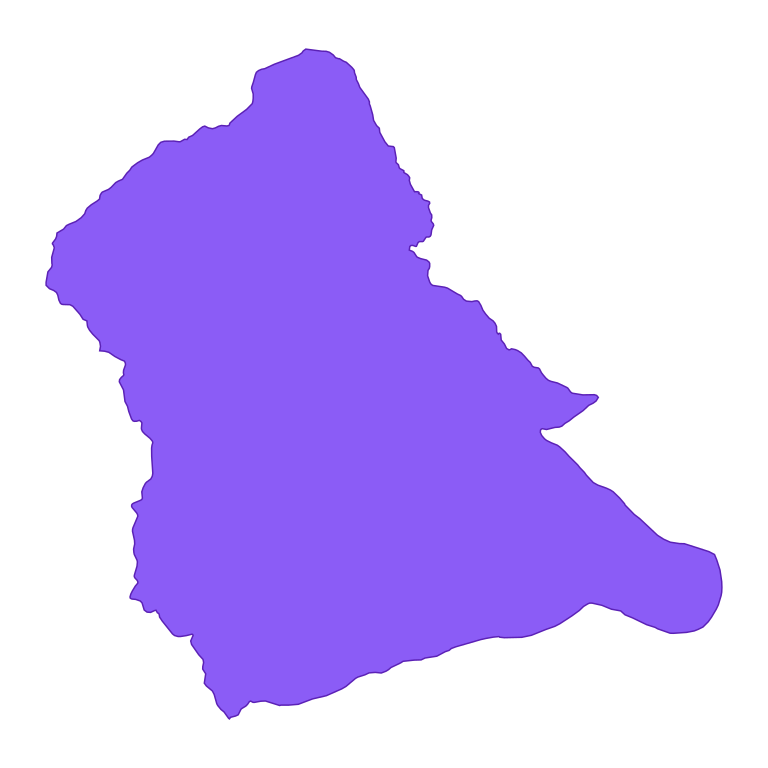 Chinavita, Boyacá, Colombia
{"feature_id": "7082276B18189760139189", "entity_name": "Chinavita", "entity_type": "district", "adm_level": 2, "iso_a3": "COL", "parent_name": "Colombia", "parent_adm1": "Boyacá", "projection": "mercator", "projection_center": [-73.337, 5.21], "detail": "fine", "context": "isolated", "style": "filled", "palette": "violet", "viewbox_px": 768, "rotation_deg": 0, "n_neighbors": 0, "source": "geoboundaries", "source_scale": "gbopen_adm2", "svg_char_len": 6054}
<svg xmlns="http://www.w3.org/2000/svg" viewBox="0 0 768 768"><path d="M670.1,633.2L673.2,633.3L686.5,632.4L694.3,630.9L698.3,629.3L703.0,627.0L708.2,621.8L711.5,617.2L716.3,609.1L718.3,604.9L721.1,595.6L721.7,592.2L721.9,587.5L721.7,581.7L720.0,570.1L716.8,560.1L714.5,554.5L708.9,551.6L684.3,543.7L679.6,543.6L670.3,542.2L663.6,539.2L657.5,535.3L639.8,518.7L634.3,514.5L625.1,505.1L624.5,503.7L619.7,498.1L613.2,491.8L610.4,490.0L606.5,488.2L597.8,485.1L593.2,482.5L586.3,475.1L584.4,472.4L579.8,467.6L577.7,464.9L569.1,456.4L565.1,451.9L559.8,447.0L557.3,445.2L551.3,442.8L546.5,440.4L544.5,438.8L541.7,435.5L540.3,432.4L540.5,430.1L541.3,429.1L542.4,428.7L546.5,429.5L555.0,427.4L559.2,427.1L561.9,426.1L564.9,423.4L569.2,420.8L573.9,417.0L583.1,410.6L588.8,405.3L593.1,403.2L596.1,401.0L598.3,397.4L596.6,395.4L594.3,394.7L582.9,394.9L572.3,393.2L570.6,392.0L567.8,388.1L566.7,387.4L557.5,383.0L551.1,381.4L548.4,380.3L545.9,378.2L543.2,375.0L541.5,372.8L539.5,368.9L538.2,367.9L534.3,367.3L532.3,366.3L530.2,362.4L527.8,360.1L524.5,356.2L521.3,352.9L517.7,350.6L515.3,349.6L511.5,348.8L509.7,349.8L508.9,349.8L506.6,348.5L504.4,344.0L501.2,340.0L500.7,334.3L499.7,333.3L499.1,333.3L498.3,334.1L497.2,333.0L496.7,331.9L496.5,326.4L495.0,323.2L493.1,320.9L489.2,318.2L485.6,314.0L482.9,310.2L480.9,305.4L478.6,301.6L477.1,300.8L474.6,301.0L471.9,301.6L466.4,301.1L463.6,299.3L461.7,296.5L460.6,295.5L457.4,294.0L447.5,288.1L444.6,287.2L432.6,285.4L430.7,283.8L429.7,282.0L427.6,275.8L428.0,270.4L429.3,268.4L429.7,266.5L429.7,263.4L429.0,262.0L426.6,260.1L420.6,258.6L417.7,257.4L416.7,256.7L414.0,252.5L412.6,251.4L409.3,250.1L409.8,246.5L410.9,245.5L412.8,245.4L415.6,246.4L416.4,246.3L418.1,242.5L419.4,241.6L422.6,241.6L423.4,241.2L426.0,237.3L426.8,237.0L428.9,237.0L430.2,236.3L431.0,234.9L431.7,229.9L433.7,225.4L433.3,223.9L431.3,221.4L431.1,220.1L431.8,217.7L431.7,214.9L430.4,213.0L428.5,207.7L428.5,205.3L429.7,203.4L429.5,202.0L427.9,201.1L424.4,200.2L422.7,198.9L422.2,198.2L421.6,195.0L418.7,193.6L419.1,192.8L418.6,192.0L417.3,191.7L414.5,191.7L410.4,184.3L409.3,180.4L409.7,177.8L408.9,176.4L407.5,174.7L404.0,172.6L403.7,172.0L404.0,171.1L403.7,170.6L400.1,168.7L399.3,167.9L398.4,164.7L396.2,162.7L395.9,161.8L396.2,158.1L394.3,147.6L393.3,146.6L388.3,146.0L384.9,141.8L379.8,132.4L379.3,128.2L376.6,125.6L373.6,120.4L372.7,114.7L370.2,105.8L369.4,104.0L369.4,101.8L368.3,99.1L359.8,87.4L358.4,83.6L356.3,79.5L356.2,77.2L354.5,72.7L354.3,70.7L353.9,69.8L351.9,67.4L346.3,62.3L343.6,61.2L339.5,58.7L338.5,58.7L335.5,57.7L333.3,55.0L329.5,52.3L326.2,51.3L321.9,51.2L305.8,49.1L303.2,51.0L301.9,52.9L298.5,55.3L274.4,64.2L264.7,68.7L261.5,69.3L258.5,70.6L256.4,72.3L255.4,74.7L253.3,82.4L251.8,86.8L251.6,88.4L253.2,93.9L253.2,98.3L252.9,101.2L252.3,103.6L246.7,109.3L237.2,116.3L230.5,122.5L229.8,123.3L229.4,124.9L228.8,125.5L227.0,126.0L221.4,125.5L218.5,126.3L215.4,127.9L212.5,128.7L208.4,127.9L204.8,126.1L202.6,126.8L199.8,128.9L192.5,135.5L188.7,137.2L187.1,139.5L184.6,139.3L180.5,141.6L179.3,141.8L174.1,141.1L164.4,141.2L160.8,142.3L158.3,144.8L153.4,153.4L151.7,155.2L149.3,157.2L142.4,160.0L137.7,162.7L134.7,164.9L131.8,167.1L129.8,170.2L126.8,173.2L122.5,179.3L118.3,181.1L115.7,182.6L111.1,187.4L108.5,189.4L102.3,192.1L101.4,193.1L100.1,195.3L99.5,199.1L97.0,201.1L91.2,204.8L87.3,208.1L85.8,210.5L84.7,213.8L81.2,217.7L75.9,221.5L69.2,224.2L66.4,225.6L63.6,229.1L57.0,233.0L56.6,236.4L55.6,238.9L52.5,243.1L52.4,243.8L53.4,245.2L54.3,247.8L51.7,257.3L51.9,263.4L52.2,264.9L51.6,267.3L47.9,271.9L46.1,282.2L46.1,285.3L49.5,288.7L53.8,290.5L56.5,292.5L57.8,295.2L58.9,300.1L60.5,303.4L61.9,304.3L63.4,304.5L70.0,304.7L72.9,306.3L79.9,314.3L83.1,319.3L86.9,320.9L87.4,325.6L87.8,327.1L89.6,330.3L92.7,334.1L99.2,340.7L99.9,342.5L100.5,346.3L99.7,350.8L104.6,351.2L108.8,352.3L114.9,356.5L120.9,359.7L124.4,361.1L125.3,362.9L125.5,364.9L123.6,370.2L123.4,372.8L123.8,374.7L123.5,375.5L121.3,377.4L119.6,379.6L119.3,381.8L123.5,389.9L125.0,401.5L127.5,406.3L128.8,411.5L131.5,418.9L132.9,420.8L134.2,421.3L136.7,421.2L139.3,420.4L140.9,421.4L141.9,422.9L141.4,428.3L141.6,429.5L142.5,431.5L144.7,433.9L150.0,438.3L152.2,440.9L152.7,442.0L152.7,443.1L152.0,445.2L151.6,448.1L151.7,456.4L152.8,473.3L152.3,476.2L150.8,479.0L146.6,482.1L145.4,483.4L143.2,487.6L141.8,491.8L142.4,498.2L141.8,499.5L140.3,500.4L133.9,503.0L132.4,503.9L131.7,504.9L131.6,506.2L132.1,507.5L136.7,513.0L137.6,514.7L137.8,516.3L133.0,527.7L132.6,529.2L132.5,531.2L134.5,540.3L134.7,544.0L133.6,549.1L133.9,552.6L134.3,554.5L137.0,560.1L137.4,561.9L137.0,566.2L134.3,575.4L134.3,576.7L134.9,577.9L137.1,580.3L137.8,581.7L137.8,583.1L135.3,586.1L132.4,590.9L130.8,594.1L130.0,597.0L130.3,598.2L131.8,599.0L135.7,599.4L140.3,601.0L142.1,603.0L144.2,610.0L147.0,612.1L150.6,612.4L154.5,610.6L156.0,610.2L157.4,612.8L158.6,613.4L159.2,614.5L159.6,617.1L162.2,621.0L172.5,633.9L174.5,635.5L178.0,636.5L180.5,636.5L186.4,635.6L192.0,634.2L192.7,634.5L193.1,635.4L190.7,641.0L191.6,644.5L198.7,654.7L203.0,659.4L203.3,660.7L203.6,662.7L202.8,666.5L202.7,669.1L205.7,673.8L204.3,683.2L206.4,686.0L212.4,691.0L214.2,694.5L216.8,703.8L217.8,705.6L221.0,709.5L224.0,711.9L228.6,718.3L229.4,718.9L230.6,717.3L235.6,716.0L238.2,714.8L241.0,709.2L242.0,708.4L245.8,706.1L247.5,704.4L249.4,701.6L250.7,701.1L252.9,702.3L254.2,702.4L260.8,701.2L265.4,701.0L279.7,705.5L280.9,705.1L288.7,705.1L298.3,704.3L312.6,698.9L326.3,695.7L341.7,688.9L346.0,686.4L355.5,678.4L357.8,677.1L365.0,674.8L369.0,672.9L375.3,672.4L381.3,673.0L386.0,671.2L388.6,669.6L391.0,667.5L400.8,662.8L403.1,661.3L414.2,660.1L421.1,659.9L425.1,658.0L436.8,656.2L445.2,651.7L449.1,650.4L451.3,648.5L455.8,646.8L480.7,639.6L486.1,638.4L493.5,637.1L498.7,636.6L499.3,636.7L499.7,637.2L504.3,637.7L521.8,637.3L531.4,635.3L545.8,629.5L554.9,626.3L559.9,623.7L572.0,615.8L579.3,610.5L583.6,606.4L587.9,603.8L589.7,603.1L592.0,603.1L601.9,605.3L611.4,609.2L620.7,610.9L625.0,614.8L632.4,617.8L646.7,624.7L655.2,627.4L657.6,628.8L670.1,633.2Z" fill="#8b5cf6" stroke="#5b21b6" stroke-width="1.5"/></svg>